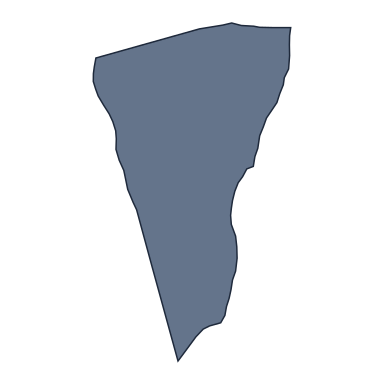 the district of Miraselva, Paraná, Brazil
{"feature_id": "56859067B75197457658410", "entity_name": "Miraselva", "entity_type": "district", "adm_level": 2, "iso_a3": "BRA", "parent_name": "Brazil", "parent_adm1": "Paraná", "projection": "mercator", "projection_center": [-51.479, -22.99], "detail": "fine", "context": "isolated", "style": "filled", "palette": "slate", "viewbox_px": 384, "rotation_deg": 0, "n_neighbors": 0, "source": "geoboundaries", "source_scale": "gbopen_adm2", "svg_char_len": 918}
<svg xmlns="http://www.w3.org/2000/svg" viewBox="0 0 384 384"><path d="M95.9,58.0L94.3,66.8L93.4,73.6L93.3,81.5L95.6,88.9L98.2,96.0L103.6,105.1L109.2,113.9L112.8,121.6L115.7,130.8L116.3,138.8L116.0,149.4L119.2,160.2L123.8,170.4L125.4,178.1L127.7,189.3L133.1,202.3L136.6,209.7L150.8,262.0L178.0,361.0L181.9,355.8L186.7,349.3L196.0,336.7L203.2,329.1L209.6,325.9L220.7,322.8L224.9,315.4L226.5,306.5L229.1,298.4L231.0,289.7L232.5,280.0L235.6,271.1L237.1,258.2L236.8,246.9L235.6,236.1L231.3,224.4L230.6,215.3L231.4,208.0L232.5,200.6L234.8,191.3L238.2,182.7L242.6,176.7L246.8,168.9L253.3,166.4L254.9,156.6L257.8,148.3L259.7,135.7L263.3,126.9L266.5,118.0L272.4,109.3L276.9,102.6L279.7,93.8L283.3,84.8L284.3,77.7L288.6,69.0L289.6,55.7L289.4,44.8L289.6,35.6L290.7,27.6L281.8,27.6L272.7,27.6L259.5,27.3L253.7,26.2L241.3,25.5L231.7,23.0L222.8,25.1L199.4,28.9L95.9,58.0Z" fill="#64748b" stroke="#1e293b" stroke-width="1.5"/></svg>